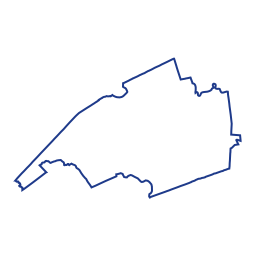 outline of Cojasca, Dâmbovita, Romania
{"feature_id": "2599482B36729766611889", "entity_name": "Cojasca", "entity_type": "district", "adm_level": 2, "iso_a3": "ROU", "parent_name": "Romania", "parent_adm1": "Dâmbovita", "projection": "robinson", "projection_center": [25.841, 44.719], "detail": "fine", "context": "isolated", "style": "outline", "palette": "blue", "viewbox_px": 256, "rotation_deg": 0, "n_neighbors": 0, "source": "geoboundaries", "source_scale": "gbopen_adm2", "svg_char_len": 5595}
<svg xmlns="http://www.w3.org/2000/svg" viewBox="0 0 256 256"><path d="M95.3,185.8L100.4,183.4L105.8,180.9L112.5,178.0L116.4,176.3L116.3,174.3L117.2,174.2L119.1,173.7L120.2,173.4L120.7,173.2L122.6,173.9L122.9,174.6L123.2,175.3L123.7,176.1L124.1,177.0L125.4,177.3L126.9,177.4L127.8,176.3L128.8,175.7L130.6,175.0L131.3,175.2L131.8,175.3L134.9,177.0L137.8,178.4L140.0,180.7L140.9,181.6L141.8,182.0L143.3,181.7L145.7,180.4L147.7,180.8L149.4,182.0L151.4,184.4L151.9,186.5L152.0,190.4L151.8,191.6L151.4,192.3L150.9,193.1L149.4,194.1L149.2,195.3L149.2,196.6L149.9,197.5L150.3,197.1L156.7,194.8L165.7,191.6L166.4,191.3L168.5,190.6L169.8,190.1L171.3,189.5L177.3,187.3L178.9,186.7L180.4,186.1L185.0,184.5L189.3,182.9L190.8,182.2L191.0,182.2L191.7,181.8L192.1,181.5L193.1,181.2L194.6,180.7L195.9,179.9L197.1,179.4L198.4,178.8L199.6,178.7L200.7,178.5L201.5,178.1L202.2,177.9L203.1,177.8L203.8,177.6L204.7,177.4L205.2,177.2L205.3,177.0L205.7,176.8L206.5,176.5L210.9,175.0L212.5,174.4L213.5,173.9L214.0,173.6L215.7,173.3L216.3,173.1L216.7,172.9L216.8,172.9L221.3,171.3L221.6,171.2L222.8,171.0L223.2,170.7L223.7,170.4L224.3,170.2L225.6,169.8L226.3,169.6L226.9,169.3L227.8,169.0L228.6,168.7L229.3,168.6L229.6,166.0L229.6,165.3L229.7,163.0L229.9,160.6L230.0,158.4L230.1,156.4L230.2,154.4L230.3,152.7L230.4,152.4L230.5,149.6L230.6,148.5L231.9,147.8L234.7,145.0L238.3,144.4L236.3,140.1L236.6,139.8L237.0,139.8L237.5,139.8L238.0,140.0L238.6,140.2L239.4,140.5L240.6,140.9L240.6,140.7L240.1,135.3L231.2,134.6L231.3,132.1L231.3,131.4L231.7,123.7L230.7,114.7L229.6,106.6L229.3,103.8L229.0,101.4L228.4,97.0L228.3,96.8L228.3,96.6L228.0,94.4L228.0,93.7L227.9,93.1L227.9,92.5L227.8,91.7L226.9,91.6L226.5,91.6L223.1,92.6L222.3,92.6L221.8,92.6L221.3,92.3L220.9,91.8L220.7,91.5L219.7,89.0L218.8,88.7L218.4,88.8L217.8,88.9L216.9,88.8L216.2,88.7L215.7,88.4L215.3,87.9L215.3,87.3L215.6,86.4L215.7,85.7L215.7,85.1L215.4,84.3L214.6,83.9L213.9,83.7L213.2,84.0L213.0,84.5L212.8,84.9L212.8,85.4L213.0,86.1L213.4,86.9L213.5,87.3L213.4,87.8L212.6,88.2L211.9,88.7L211.4,89.8L210.5,90.5L209.5,91.0L208.4,91.4L207.2,91.7L204.2,92.0L203.0,92.2L202.3,92.4L201.9,92.6L201.5,92.8L201.1,93.3L200.4,94.9L200.1,95.4L199.7,95.8L199.1,95.9L198.6,95.7L198.3,95.5L198.1,95.3L197.9,94.8L197.9,94.3L197.9,93.4L197.8,93.0L197.6,92.8L197.4,92.4L197.1,92.2L196.7,92.1L196.4,92.2L196.0,92.5L195.5,92.9L195.4,92.3L195.7,90.1L195.7,89.1L195.7,87.2L195.5,86.2L195.3,85.6L195.2,85.2L194.9,84.7L194.5,84.2L194.2,83.9L193.8,83.7L193.1,83.4L192.5,83.3L192.2,82.3L192.2,82.1L192.0,81.6L191.6,80.6L191.4,80.0L191.2,79.5L191.0,78.9L190.7,78.3L190.7,78.0L190.5,77.5L190.4,77.5L190.1,77.6L189.6,77.7L188.4,78.0L187.5,78.2L187.3,78.2L186.8,78.3L186.3,78.4L185.7,78.5L185.2,78.7L183.4,79.0L180.7,79.5L177.7,70.4L176.7,67.2L176.4,66.1L174.3,59.3L174.1,58.7L173.7,58.7L172.3,59.3L167.9,61.5L162.9,63.9L162.4,64.1L161.8,64.4L159.8,65.5L159.2,65.8L157.1,66.7L154.7,67.8L152.7,68.9L150.8,69.9L150.1,70.2L149.6,70.4L148.9,70.8L148.2,71.0L145.3,72.6L145.0,72.8L144.6,73.1L144.0,73.3L143.2,73.6L142.5,73.9L141.4,74.4L140.8,74.7L140.4,74.9L140.0,75.0L138.2,76.0L137.2,76.5L136.3,76.9L135.5,77.3L134.7,77.6L134.1,77.9L133.7,78.1L133.4,78.2L133.1,78.4L132.9,78.4L132.6,78.5L131.9,79.0L131.7,79.1L131.3,79.3L130.8,79.5L130.2,79.8L128.6,80.7L127.1,81.4L126.2,81.9L125.8,82.0L124.3,82.8L123.1,83.2L123.1,83.6L123.0,86.8L123.6,87.2L124.5,87.7L125.3,88.1L125.9,88.7L126.2,89.2L127.1,91.1L127.3,91.9L127.2,92.1L126.4,93.1L123.8,95.6L122.8,96.4L121.6,97.0L119.6,97.4L117.0,97.2L115.3,96.7L114.7,96.4L113.2,95.7L112.5,95.1L112.4,95.0L110.7,96.3L110.2,96.0L109.2,96.3L108.2,96.3L107.3,96.3L106.6,96.1L105.3,96.7L103.9,96.9L103.7,97.0L102.4,97.6L102.1,98.0L101.7,98.1L99.2,99.6L98.7,99.9L98.8,100.3L90.2,105.9L86.8,108.0L82.9,110.5L79.0,113.0L76.3,115.5L75.0,116.8L71.7,120.3L69.7,122.4L66.6,125.8L63.7,129.1L61.0,131.8L57.2,135.9L54.4,138.8L52.7,140.7L47.0,146.7L43.1,150.8L40.9,153.1L37.3,157.0L32.6,161.9L30.9,163.9L28.8,166.1L27.0,167.9L24.0,171.1L21.7,173.4L19.6,175.7L17.4,178.1L15.4,180.5L15.5,180.5L15.9,180.8L16.0,181.2L16.3,181.4L16.5,181.6L16.8,181.7L17.1,181.6L17.5,181.5L17.9,181.4L18.3,181.6L18.5,181.9L18.5,182.2L18.5,182.7L18.7,182.9L19.0,182.9L19.3,183.0L19.5,183.0L19.9,183.3L20.1,183.6L20.2,184.4L20.4,184.7L20.3,185.0L19.4,185.5L19.2,185.8L19.4,186.2L20.0,186.6L20.4,186.7L21.0,186.6L21.4,186.8L21.6,187.0L21.7,187.5L21.9,187.8L22.1,187.9L22.5,187.9L22.6,188.1L22.6,188.5L22.3,189.7L22.3,190.1L24.1,188.9L27.4,186.5L32.4,182.8L38.2,178.4L42.0,175.5L46.0,172.4L46.3,172.3L39.6,165.3L39.9,165.1L40.5,164.7L41.5,164.4L41.7,164.1L41.7,163.7L41.8,163.5L41.9,163.2L42.2,162.8L42.6,162.6L42.9,162.6L43.4,162.5L44.0,162.5L44.4,162.4L44.6,162.3L44.7,162.0L45.0,161.6L45.7,161.0L46.2,160.9L47.1,161.2L48.0,161.1L48.5,161.3L49.0,161.7L49.7,162.4L50.1,162.7L50.5,162.9L50.9,162.8L51.2,162.6L52.3,162.1L53.7,161.6L54.2,161.4L55.0,161.3L56.3,160.7L56.8,160.5L58.6,160.2L59.9,160.1L60.7,160.0L61.0,160.2L61.8,161.0L62.4,161.5L63.7,162.4L63.9,162.9L64.0,163.5L64.2,165.1L64.4,165.2L64.8,165.2L65.5,164.9L65.8,164.8L66.0,164.9L66.5,165.0L66.7,164.9L67.0,164.7L67.6,164.1L67.8,164.0L68.1,164.0L68.3,164.0L68.5,164.2L68.9,164.9L69.2,165.1L69.3,165.0L69.6,164.8L69.9,164.6L71.0,163.9L71.4,163.8L71.5,163.7L71.8,163.9L72.1,164.0L72.8,164.4L74.9,165.2L75.7,165.9L76.0,166.5L76.1,167.0L76.4,167.7L76.9,168.2L77.1,168.3L77.8,168.7L79.2,169.8L79.5,170.2L80.5,171.8L80.9,172.6L82.6,175.0L82.8,175.2L83.0,175.6L83.7,176.4L84.4,177.2L85.0,177.9L85.5,178.4L86.0,178.8L86.5,179.5L86.8,180.3L87.9,182.1L89.9,184.8L91.2,186.8L91.5,187.4L95.3,185.8Z" fill="none" stroke="#1e3a8a" stroke-width="2"/></svg>